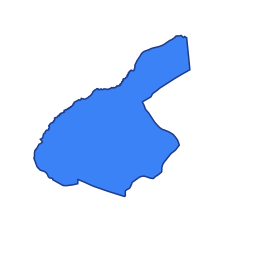 the district of Si Somdet, Roi Et, Thailand, rotated 58°
{"feature_id": "78962969B7638603864190", "entity_name": "Si Somdet", "entity_type": "district", "adm_level": 2, "iso_a3": "THA", "parent_name": "Thailand", "parent_adm1": "Roi Et", "projection": "mercator", "projection_center": [103.471, 16.03], "detail": "fine", "context": "isolated", "style": "filled", "palette": "blue", "viewbox_px": 256, "rotation_deg": 58, "n_neighbors": 0, "source": "geoboundaries", "source_scale": "gbopen_adm2", "svg_char_len": 5367}
<svg xmlns="http://www.w3.org/2000/svg" viewBox="0 0 256 256"><g transform="rotate(58 128 128)"><path d="M136.6,216.7L141.1,214.2L142.5,213.4L142.7,213.1L143.7,211.7L144.7,209.9L147.0,204.8L148.6,200.1L145.1,197.8L149.9,194.3L156.8,189.7L159.4,187.9L171.6,178.1L182.2,169.0L184.3,167.1L184.4,166.9L184.1,166.4L183.8,166.0L182.9,165.4L181.7,164.8L180.1,163.7L179.8,163.1L179.7,162.0L179.9,158.8L179.9,158.6L178.6,156.3L177.4,154.5L176.6,153.7L176.4,153.2L176.3,152.4L175.8,145.4L175.8,144.4L176.0,142.9L176.4,141.6L177.1,140.3L178.1,139.1L180.6,137.0L182.1,135.9L184.2,133.5L184.3,133.2L183.6,130.0L183.8,128.6L183.5,125.5L183.2,123.4L183.1,123.0L182.7,122.4L182.4,122.2L180.0,120.6L178.7,119.5L177.9,118.5L177.1,117.5L176.6,116.5L175.7,114.4L175.2,112.6L174.5,110.9L172.6,105.4L172.4,104.4L172.0,100.1L171.7,98.9L170.9,96.9L169.8,93.7L168.7,93.3L167.2,92.9L165.4,92.6L163.9,92.4L161.3,92.6L159.4,92.8L157.7,93.1L156.6,93.5L154.2,94.7L152.6,95.6L148.6,98.5L147.6,99.4L146.4,100.1L144.2,101.0L140.9,101.7L137.1,102.3L128.3,102.5L126.2,102.5L122.6,103.1L121.3,103.2L119.9,103.0L118.5,102.6L116.7,102.3L113.9,102.2L113.6,101.9L113.5,101.6L113.7,92.1L113.5,91.6L112.0,89.2L111.9,88.7L111.6,84.2L111.0,79.6L110.8,62.0L111.0,53.2L111.4,44.7L110.5,44.2L82.5,30.4L81.9,30.9L80.6,31.3L80.4,31.4L80.3,31.6L80.4,31.8L80.7,32.1L80.7,32.9L80.5,33.1L80.2,33.3L79.4,33.4L78.6,33.6L77.9,33.8L77.7,33.9L77.5,34.3L77.5,35.0L77.1,35.6L77.0,36.0L76.8,36.2L76.5,36.6L76.2,37.1L76.0,37.7L75.7,37.9L75.6,38.1L75.6,38.4L75.5,38.7L75.4,39.1L75.5,39.3L75.8,39.5L75.9,39.8L76.0,40.2L76.0,40.6L76.0,40.8L76.1,41.0L76.1,41.4L76.2,41.8L76.2,42.2L76.1,42.5L76.2,43.0L76.3,43.4L75.9,46.2L76.2,53.9L75.8,56.6L75.2,59.2L74.1,62.3L73.5,64.1L73.0,66.0L72.5,69.5L71.8,72.7L71.6,74.2L71.8,75.8L72.0,76.9L72.5,78.0L73.5,79.8L75.6,84.5L78.2,88.6L78.5,88.9L79.9,89.8L80.8,90.6L81.2,91.3L81.3,91.5L82.0,91.7L82.2,92.0L82.3,92.6L82.2,93.3L82.0,93.6L81.2,94.2L80.8,94.4L80.6,94.7L80.6,94.9L80.7,95.3L81.1,95.7L81.1,95.8L81.0,96.0L80.7,96.4L80.7,96.8L80.9,97.1L81.5,97.5L81.4,97.8L81.5,98.6L81.8,98.8L82.3,98.9L82.9,99.5L83.0,99.7L82.9,99.9L82.5,100.2L82.8,100.7L83.2,101.1L83.9,101.1L84.1,101.3L84.1,101.5L83.9,102.0L84.1,102.7L84.0,103.3L84.5,103.7L84.6,104.0L84.5,104.5L84.4,105.0L83.9,105.6L83.8,105.8L84.1,106.4L84.6,106.9L84.9,107.1L85.2,107.0L85.4,107.0L85.4,107.3L85.2,107.5L85.7,108.0L85.9,108.2L85.8,108.6L85.5,108.8L85.6,109.0L86.1,109.2L86.2,109.4L86.5,109.7L86.7,110.2L86.5,110.9L86.8,111.3L86.8,111.7L87.0,111.7L87.5,111.5L87.6,111.8L87.7,112.2L87.6,112.7L87.4,112.7L87.2,113.1L87.2,113.8L87.0,114.7L86.9,114.8L86.4,114.9L86.6,115.5L86.6,115.8L86.8,115.9L86.9,116.0L87.0,116.2L87.0,116.4L86.8,117.2L86.9,118.1L86.5,118.3L86.2,118.5L85.9,119.3L85.8,120.0L85.6,120.1L85.1,120.3L85.0,120.6L85.2,121.0L85.2,121.4L85.1,121.6L85.0,122.4L84.9,122.6L85.1,123.6L84.6,124.1L84.5,124.3L84.4,125.0L83.8,125.4L83.5,125.9L83.1,126.3L82.6,127.0L82.1,127.6L82.0,127.9L82.1,128.6L81.7,129.8L80.8,129.9L80.6,130.1L80.3,131.5L80.4,132.1L80.3,132.4L79.8,132.7L78.8,132.6L78.3,133.3L78.2,133.5L78.4,134.7L78.2,135.8L78.6,136.8L78.5,137.0L78.4,137.3L78.4,137.6L78.6,138.4L79.6,139.7L80.3,141.7L80.7,142.3L80.7,144.7L80.9,145.5L81.1,146.0L80.9,147.2L80.9,148.3L80.6,149.5L80.2,150.0L79.4,150.5L79.2,150.9L78.3,151.7L78.1,151.9L78.2,152.1L78.5,152.2L78.7,152.6L79.0,152.9L79.1,153.2L79.1,153.4L79.0,154.0L78.4,154.3L78.2,154.5L78.1,154.9L77.9,155.1L78.0,155.7L78.0,156.1L78.1,156.5L77.9,157.7L77.7,158.2L77.9,159.2L77.7,159.7L77.6,159.9L77.8,160.1L78.1,160.2L78.2,160.3L78.3,160.6L78.4,161.4L78.8,161.6L78.9,162.1L79.1,162.5L79.6,162.8L79.6,164.3L79.8,164.7L79.9,165.0L79.6,165.1L79.5,165.4L79.6,165.7L80.0,166.0L79.6,167.4L79.7,167.5L80.0,167.6L80.0,167.9L79.8,168.2L79.8,168.5L79.7,168.8L79.8,169.0L80.1,169.1L80.0,169.3L79.7,169.7L80.0,170.0L79.8,170.8L79.4,171.2L79.5,172.1L79.3,172.9L79.4,173.0L79.7,173.0L79.8,173.3L80.6,173.2L80.7,173.3L80.8,174.0L80.6,174.5L80.4,175.0L80.5,175.6L80.4,176.0L80.2,176.3L80.0,176.6L79.9,176.8L80.2,177.3L80.1,178.1L80.6,178.0L80.6,178.6L80.4,178.9L80.4,179.3L80.9,179.4L81.1,179.7L80.7,179.8L80.8,180.1L80.7,180.5L80.7,181.2L80.7,181.4L81.0,181.5L81.2,182.3L81.4,182.6L81.3,182.8L80.9,183.5L80.7,184.2L80.6,184.7L80.9,185.2L81.2,185.4L81.7,185.5L82.3,185.7L82.4,186.0L82.4,186.9L82.8,187.2L82.9,187.3L83.0,187.6L82.9,188.0L83.0,188.1L83.6,188.6L83.4,189.2L83.1,190.2L83.1,191.3L83.3,192.1L83.7,192.4L83.6,192.8L84.1,193.3L84.1,193.7L84.1,193.9L84.4,194.2L84.5,194.3L85.4,194.2L85.8,194.3L86.0,194.6L86.2,194.9L86.3,195.5L86.5,195.5L87.1,195.9L87.3,196.6L87.4,197.1L86.9,197.7L86.7,198.2L86.7,198.6L87.0,199.2L87.1,199.5L87.2,199.9L87.4,200.2L87.8,200.5L88.2,201.0L88.2,201.3L88.1,201.7L88.1,202.0L88.5,203.1L88.9,203.3L89.6,204.1L90.5,204.8L90.9,205.5L91.1,206.1L91.2,207.3L91.2,207.7L91.1,208.3L93.9,207.9L94.1,208.1L94.6,208.1L94.7,208.6L94.9,209.7L94.8,210.8L94.8,211.3L94.6,212.0L97.5,217.2L97.5,217.3L97.3,217.5L97.2,217.6L97.4,217.9L97.8,218.6L97.8,218.9L99.5,220.5L100.6,221.2L101.2,221.5L102.3,222.4L103.0,222.6L103.0,222.9L103.6,223.7L104.1,223.7L104.2,223.9L112.5,225.6L113.0,225.6L114.9,225.3L117.2,224.7L118.5,223.8L119.8,222.5L120.6,222.0L121.7,221.4L123.6,221.0L124.9,221.0L126.5,221.3L127.5,221.3L128.3,221.1L128.8,220.9L129.2,220.5L130.2,219.2L130.8,218.8L131.1,218.8L131.5,218.9L132.0,219.2L136.6,216.7Z" fill="#3b82f6" stroke="#1e3a8a" stroke-width="1.5"/></g></svg>